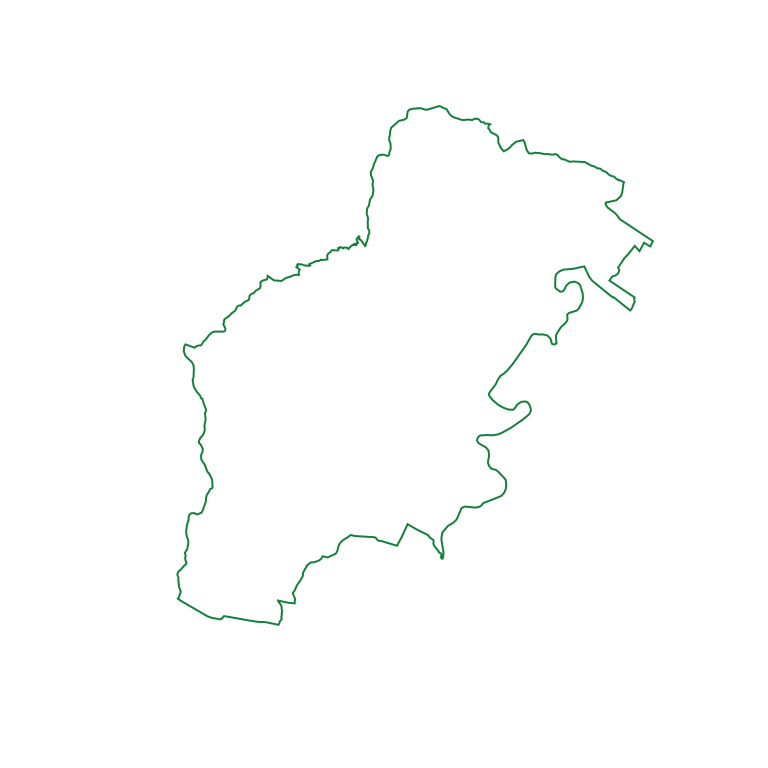 Vladimir, Gorj, Romania (Equal Earth projection), rotated 203°
{"feature_id": "2599482B64472006817342", "entity_name": "Vladimir", "entity_type": "district", "adm_level": 2, "iso_a3": "ROU", "parent_name": "Romania", "parent_adm1": "Gorj", "projection": "equal_earth", "projection_center": [23.559, 44.818], "detail": "fine", "context": "isolated", "style": "outline", "palette": "green", "viewbox_px": 768, "rotation_deg": 203, "n_neighbors": 0, "source": "geoboundaries", "source_scale": "gbopen_adm2", "svg_char_len": 6166}
<svg xmlns="http://www.w3.org/2000/svg" viewBox="0 0 768 768"><g transform="rotate(203 384 384)"><path d="M466.4,533.8L463.3,530.3L462.5,527.3L459.7,521.1L457.5,519.4L456.6,517.6L456.5,514.7L455.3,508.6L455.7,506.5L455.0,505.3L455.4,503.6L461.0,507.2L462.5,507.8L463.5,507.4L464.3,508.3L464.1,509.8L464.9,510.1L465.9,506.7L465.1,505.4L463.2,504.0L463.8,501.2L465.4,500.4L465.3,501.8L466.2,501.1L467.9,498.7L469.6,494.3L471.0,495.1L474.3,493.9L474.7,492.8L477.3,493.1L478.1,492.7L478.2,491.4L479.2,491.1L478.4,490.0L478.5,488.9L484.0,487.0L485.4,483.5L486.1,482.8L486.6,480.4L484.8,476.6L489.6,473.7L490.5,474.0L491.6,472.1L494.6,470.5L499.6,465.1L498.3,464.2L498.9,463.6L503.5,462.1L506.1,462.0L510.2,460.7L510.5,459.7L509.6,459.1L510.3,457.3L506.2,456.4L506.3,454.0L505.0,451.1L507.0,450.5L510.2,448.5L512.0,446.1L512.8,446.0L513.4,445.1L515.7,443.4L518.6,438.8L525.8,436.4L533.3,438.1L532.7,436.5L532.8,434.3L535.0,432.8L537.3,430.2L537.3,428.5L535.8,426.1L535.7,423.4L538.4,420.0L539.5,416.6L541.1,415.4L542.3,413.0L541.4,409.8L541.4,408.5L544.4,405.0L546.6,400.2L547.9,399.8L549.0,398.7L549.5,397.3L549.6,393.4L552.3,388.7L552.7,386.8L556.1,381.4L556.1,379.7L555.3,378.7L555.4,376.3L551.6,373.0L551.2,371.9L551.3,370.4L552.8,369.2L560.1,366.2L562.3,364.4L564.2,360.6L565.5,355.1L566.8,352.7L567.4,348.4L567.9,347.8L569.1,347.4L571.5,345.5L572.6,343.4L582.2,342.9L582.6,340.6L581.2,336.1L577.9,332.3L569.0,328.8L566.6,326.7L565.1,324.0L562.0,316.0L561.7,313.0L558.1,307.2L553.0,303.5L548.7,301.5L546.8,299.3L545.3,299.4L542.4,295.6L537.9,291.0L537.4,290.1L537.2,286.7L534.3,281.7L533.1,275.7L530.9,271.4L530.6,266.9L532.1,261.9L532.0,258.9L531.6,257.7L528.6,256.3L525.3,253.2L524.6,250.7L524.6,246.8L522.6,243.0L517.3,239.5L512.2,234.1L510.3,233.4L506.3,230.2L504.5,228.2L501.4,221.9L501.5,221.0L503.0,219.2L503.0,216.8L503.8,212.5L503.1,208.9L502.1,206.3L501.5,198.3L501.7,194.2L505.0,190.9L508.3,191.0L510.4,190.0L511.5,189.1L512.1,187.1L511.4,183.8L510.7,182.5L510.4,177.7L508.3,170.4L505.9,166.6L503.1,163.5L502.1,161.4L500.6,155.0L501.3,150.8L499.4,148.3L499.2,146.5L498.3,144.8L495.8,142.0L496.1,139.9L497.1,138.3L498.4,134.1L499.8,131.6L500.0,128.6L499.3,127.2L497.5,125.5L496.9,123.4L493.0,116.7L489.8,113.3L489.5,106.9L489.9,105.9L486.6,105.1L455.9,101.2L450.9,101.5L443.0,103.3L441.8,104.2L441.7,105.4L440.8,106.4L440.7,107.7L440.1,108.0L413.6,114.1L406.8,115.9L400.0,118.5L387.1,121.1L386.8,122.8L387.2,124.2L386.3,127.8L387.4,129.1L387.6,131.0L388.3,132.0L388.9,134.6L391.8,139.7L394.3,141.5L395.9,142.0L396.8,143.3L386.8,145.2L380.5,147.2L382.1,151.7L385.8,155.2L386.2,156.3L385.6,158.9L385.4,165.6L384.3,169.9L383.7,175.6L384.7,178.3L384.5,182.6L383.9,184.9L384.2,186.5L381.7,191.1L378.8,192.6L375.3,195.6L373.6,198.3L373.2,201.4L368.0,202.4L362.1,209.0L361.7,212.0L362.6,217.3L362.2,220.6L361.1,223.6L357.5,228.8L355.7,232.0L351.7,232.6L332.9,239.2L330.7,238.9L329.6,238.0L327.7,237.6L325.3,238.4L308.8,240.2L307.9,250.3L307.5,264.2L297.4,262.9L284.1,262.1L282.1,260.6L277.8,259.7L277.3,259.5L276.0,256.1L274.0,254.2L268.4,251.4L267.2,250.2L265.5,250.4L264.4,249.2L263.7,246.6L262.6,245.9L261.8,246.2L262.6,250.0L263.4,252.2L270.0,262.6L270.9,264.5L272.3,269.8L269.7,278.3L265.8,283.7L264.2,287.7L264.1,300.1L261.7,302.8L251.4,306.0L248.1,308.3L247.1,309.8L246.1,313.1L233.0,326.0L231.9,327.6L230.8,331.3L230.9,334.7L231.7,338.1L234.4,343.1L236.0,344.2L245.1,348.1L247.4,348.6L252.2,348.0L255.2,349.6L257.7,352.3L259.3,359.1L261.8,363.6L265.5,365.5L273.2,366.4L274.9,367.1L276.2,368.2L276.8,370.4L275.9,373.4L275.0,374.4L269.2,377.3L264.4,379.0L259.3,382.2L256.4,385.2L249.9,393.5L242.2,405.7L238.9,412.2L238.4,413.4L238.4,416.0L238.8,418.0L242.5,422.2L245.3,423.3L247.5,423.0L250.6,421.2L251.7,419.7L253.5,416.6L254.3,411.8L255.6,410.5L259.6,409.1L264.9,408.8L271.0,409.5L278.5,412.0L282.7,414.4L283.4,415.6L283.6,417.2L281.0,427.8L280.9,432.4L280.0,436.9L277.9,440.1L275.8,444.7L273.4,452.4L268.4,475.3L267.2,485.9L266.3,487.9L264.8,489.1L260.4,490.2L257.0,491.8L252.4,492.5L248.5,490.8L245.5,487.0L244.6,486.5L242.8,486.9L241.1,488.6L244.4,495.2L244.7,497.7L243.3,505.6L241.0,510.5L240.2,513.5L240.5,515.7L242.3,519.0L242.3,520.2L241.3,521.8L235.3,526.9L234.2,529.4L233.5,537.1L234.4,540.7L236.4,544.9L241.9,551.4L243.1,552.2L245.1,552.8L248.8,552.6L252.2,550.3L253.4,548.8L254.6,545.7L254.9,541.1L255.5,539.6L256.3,538.5L257.9,537.8L263.1,539.1L264.4,540.2L268.0,549.5L268.4,552.2L266.7,556.0L263.7,559.3L255.4,563.6L245.6,570.5L236.8,562.7L232.7,560.4L207.5,553.1L206.6,553.6L186.1,547.9L185.4,550.3L185.4,557.9L187.0,560.1L187.1,561.6L216.9,567.3L216.0,572.0L213.5,574.2L211.9,576.6L211.6,580.1L212.1,581.1L214.0,582.6L211.8,594.0L210.1,598.4L207.1,609.1L200.7,606.1L199.8,615.7L192.7,614.6L192.3,620.6L231.2,627.8L235.5,630.4L238.5,631.7L247.1,633.8L249.6,635.4L250.6,636.7L250.7,637.7L241.9,643.9L239.4,649.5L239.5,653.2L241.8,661.6L242.0,663.6L248.2,663.7L248.2,663.3L251.6,663.9L252.9,664.8L256.3,664.3L259.3,664.7L262.2,665.9L266.2,665.9L268.7,666.7L272.5,665.9L274.6,666.5L278.3,666.0L285.9,666.8L296.7,662.8L299.9,661.1L306.1,661.2L307.9,660.4L311.9,661.6L313.5,662.6L316.3,662.7L317.8,661.2L324.0,659.3L325.9,658.3L329.7,657.7L335.6,655.8L337.4,654.2L340.7,652.9L344.1,655.2L348.7,661.0L351.2,663.0L357.1,658.5L359.6,653.9L360.3,651.4L361.8,648.5L364.7,645.0L368.5,646.8L373.2,651.0L374.9,655.2L375.7,656.1L377.9,657.1L384.1,657.5L385.5,658.9L388.0,660.2L388.5,661.8L388.4,663.6L387.8,664.5L390.2,664.3L392.3,663.1L394.3,663.9L396.9,663.0L400.0,664.6L401.8,664.7L404.4,663.3L406.1,661.3L409.2,660.6L414.9,657.6L423.1,656.8L426.0,656.9L428.9,658.0L434.0,661.5L437.4,661.2L440.0,661.7L442.1,661.2L452.0,652.9L458.5,652.1L460.1,650.9L461.0,651.0L462.2,649.9L464.5,649.1L467.4,646.8L468.3,645.6L468.6,643.8L467.1,638.3L467.3,637.2L468.7,635.2L472.9,632.2L477.5,622.8L477.1,618.9L476.2,617.0L475.2,612.0L474.3,610.3L472.4,608.4L470.5,605.0L469.6,602.6L469.7,600.5L468.9,596.9L469.7,595.3L473.8,595.0L476.7,593.6L478.0,592.5L479.1,590.7L479.1,582.0L478.6,577.9L479.0,574.0L477.5,571.0L473.4,566.8L472.5,563.0L469.4,558.2L468.1,552.8L468.9,548.3L467.6,542.3L468.1,538.9L466.4,533.8Z" fill="none" stroke="#15803d" stroke-width="2"/></g></svg>